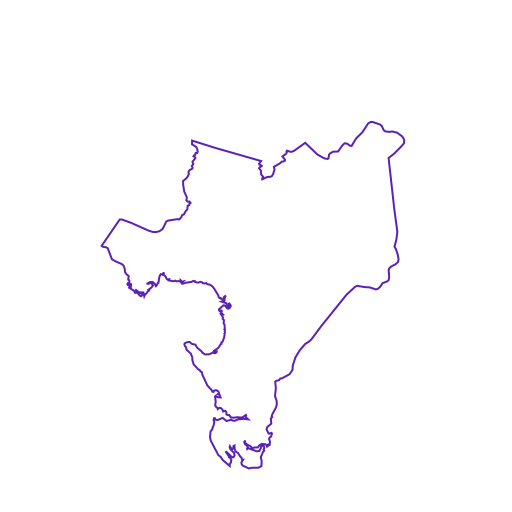 the district of Metuge, Cabo Delgado, Mozambique, rotated 127°
{"feature_id": "85939544B43724113746926", "entity_name": "Metuge", "entity_type": "district", "adm_level": 2, "iso_a3": "MOZ", "parent_name": "Mozambique", "parent_adm1": "Cabo Delgado", "projection": "albers", "projection_center": [40.398, -12.923], "detail": "fine", "context": "isolated", "style": "outline", "palette": "violet", "viewbox_px": 512, "rotation_deg": 127, "n_neighbors": 0, "source": "geoboundaries", "source_scale": "gbopen_adm2", "svg_char_len": 6149}
<svg xmlns="http://www.w3.org/2000/svg" viewBox="0 0 512 512"><g transform="rotate(127 256 256)"><path d="M202.3,376.5L205.3,374.3L204.9,369.7L205.5,367.9L207.8,365.3L209.1,365.0L210.0,366.2L212.0,365.4L213.2,366.1L214.0,365.9L213.7,364.7L214.2,363.3L218.9,363.5L220.5,361.3L222.7,361.5L223.6,359.8L224.4,359.4L227.7,360.8L229.5,360.5L230.9,359.0L232.8,358.5L235.7,358.3L240.0,359.4L242.9,357.1L247.8,352.0L250.7,346.6L253.6,345.0L253.7,343.1L252.5,341.9L253.0,340.2L254.3,340.6L255.6,340.0L257.1,340.8L260.1,338.9L262.4,339.2L266.0,338.6L267.9,339.6L270.0,339.0L273.0,339.3L273.9,341.0L280.4,347.3L282.3,348.4L290.7,346.8L294.5,348.1L297.3,350.5L299.0,353.1L300.5,357.5L304.7,375.7L307.5,384.9L308.9,386.8L340.8,385.4L340.8,383.8L339.3,381.0L339.0,379.1L345.3,369.1L344.9,365.4L343.2,358.3L343.4,356.0L345.1,353.3L347.7,350.9L348.4,349.0L348.7,345.5L351.8,343.8L351.7,342.5L353.5,341.1L354.2,341.1L354.8,342.0L356.0,341.7L356.3,340.6L355.6,339.6L353.9,339.4L353.7,338.8L356.0,337.3L357.2,338.4L357.7,338.3L357.2,332.8L358.2,330.4L357.2,329.3L356.0,329.7L355.3,332.3L355.4,327.4L352.8,324.0L355.4,321.0L353.2,321.5L351.9,320.9L349.7,321.2L348.4,320.6L347.7,320.7L347.7,321.6L344.5,320.6L341.5,320.5L341.2,321.8L340.2,323.2L340.9,324.0L343.0,325.1L343.5,326.0L343.6,326.9L342.7,325.6L340.7,325.1L339.0,323.1L339.1,320.2L340.3,317.7L339.8,317.6L336.6,318.2L336.1,317.8L331.1,320.5L328.7,321.1L327.6,321.0L327.2,319.4L324.5,319.8L326.7,318.2L326.7,316.3L328.1,313.2L328.1,312.6L326.8,311.4L328.0,311.0L325.7,306.5L324.2,305.6L324.1,304.3L322.6,302.7L322.0,301.0L320.7,301.8L321.0,299.6L320.2,298.9L322.4,299.3L322.7,298.7L322.2,297.8L319.6,296.0L315.5,291.9L313.7,291.2L313.4,290.1L312.8,289.8L313.3,288.8L312.9,287.7L312.1,286.2L310.2,285.0L309.4,283.0L309.7,281.9L308.9,280.5L307.6,279.5L307.8,277.8L306.6,275.5L306.5,272.5L307.2,269.8L310.1,262.5L311.3,261.1L311.5,259.7L310.7,259.0L311.3,258.1L310.6,256.2L309.1,255.8L308.8,256.7L307.9,256.9L305.7,256.3L307.8,256.0L310.7,254.3L313.2,256.1L311.5,251.2L313.2,248.4L313.2,247.2L312.8,247.0L311.5,247.6L309.7,249.5L310.7,246.4L311.6,245.9L313.4,245.8L314.9,246.5L315.1,247.5L314.2,251.1L314.9,252.3L320.9,253.5L321.8,252.5L321.8,251.1L321.5,250.7L320.5,251.0L320.3,250.6L321.0,249.9L323.4,249.6L323.6,249.2L322.5,248.8L322.6,246.9L323.9,247.4L325.0,245.4L326.2,244.9L326.5,243.0L329.2,241.4L329.9,239.7L332.8,237.2L333.7,237.0L333.7,236.3L335.1,235.6L335.8,234.6L337.0,234.5L337.9,233.6L340.9,232.2L344.7,231.1L345.7,231.7L346.9,230.7L347.6,231.1L352.2,230.8L357.0,232.4L357.8,231.1L356.0,229.9L356.5,229.6L358.0,229.9L358.8,231.0L358.8,232.4L360.4,232.9L362.8,234.4L365.3,237.5L365.5,240.8L364.9,241.9L364.7,247.6L363.3,251.1L364.8,254.3L364.6,257.3L366.4,259.2L368.5,260.3L369.5,260.2L370.8,258.4L370.9,257.1L372.6,255.2L373.2,249.3L375.4,245.8L377.4,244.2L380.0,240.7L381.2,234.3L381.1,231.8L381.6,230.8L381.3,229.3L383.1,227.4L388.7,216.8L389.8,210.7L390.6,209.3L390.2,208.1L388.9,208.5L387.2,207.2L386.8,205.4L387.1,203.9L388.0,202.9L389.4,203.3L388.8,201.5L390.3,199.2L392.0,202.0L391.9,204.0L392.8,204.2L396.7,200.4L399.7,198.9L400.5,197.2L400.5,195.5L401.3,194.4L399.3,193.9L398.6,192.5L398.8,190.5L400.0,188.7L398.2,187.6L398.4,185.9L400.3,184.2L400.2,183.1L399.1,181.6L400.1,179.0L398.6,176.5L395.8,173.7L394.1,170.8L392.7,169.5L389.0,168.4L389.2,168.0L390.6,168.2L391.2,163.9L393.6,168.1L396.1,170.6L396.4,171.5L400.6,173.9L401.5,175.7L401.7,177.2L405.5,180.2L405.4,185.2L410.2,188.0L411.2,190.2L410.3,191.3L410.9,191.9L412.5,191.2L413.7,189.4L416.5,188.0L419.0,187.5L420.2,186.7L423.4,186.7L428.3,183.8L430.7,181.0L437.7,166.2L437.7,163.4L439.0,159.5L439.5,150.6L438.0,151.8L436.0,151.8L433.3,153.3L432.8,154.9L433.0,156.5L431.8,157.0L431.9,158.2L430.7,161.9L430.2,161.7L431.0,155.3L430.8,153.4L430.3,152.9L428.3,153.0L426.5,154.9L425.7,160.2L424.3,162.2L423.6,162.4L424.5,160.6L424.1,158.6L422.9,158.5L421.4,159.6L420.3,159.1L422.8,157.1L424.4,154.7L424.1,151.9L425.6,148.0L425.9,145.9L427.3,144.4L426.6,143.7L429.7,143.4L430.9,142.2L431.4,140.4L429.9,133.7L427.8,132.1L423.7,126.7L420.5,125.2L416.2,128.2L413.8,131.1L408.2,132.5L406.6,132.3L406.2,133.3L404.8,133.6L403.2,135.1L403.1,136.0L404.0,136.9L405.4,137.2L406.5,136.5L409.7,136.0L411.6,138.0L414.0,146.0L414.6,146.6L415.5,146.8L415.1,147.3L413.8,147.1L413.6,148.0L412.6,149.2L413.0,151.2L411.7,153.4L410.0,153.8L411.9,152.1L411.8,148.3L411.2,146.6L411.6,143.1L410.1,142.2L407.7,139.3L405.1,139.4L402.6,138.3L400.7,135.2L400.7,134.0L401.6,132.4L400.3,132.1L399.6,133.0L399.1,132.7L399.2,131.7L398.7,131.4L396.0,132.9L394.2,135.6L392.7,135.8L390.9,135.3L388.1,136.5L388.1,137.5L389.7,138.3L390.2,139.1L388.1,143.2L385.9,144.1L380.7,142.9L376.8,146.4L374.9,146.1L374.6,147.0L372.7,147.7L365.4,148.8L362.4,149.8L359.2,152.4L356.5,156.5L349.7,160.5L344.9,165.0L343.7,164.8L341.3,162.9L339.3,162.9L338.2,161.7L330.3,158.1L325.0,158.3L321.3,160.7L313.2,163.5L305.1,164.3L296.7,163.8L292.5,162.2L289.3,161.6L272.9,161.7L232.3,160.4L220.8,158.3L219.0,157.3L215.6,150.8L212.6,146.2L210.6,140.3L209.2,139.0L205.9,138.3L201.5,138.6L197.5,136.0L195.4,135.6L192.7,136.9L187.4,141.6L185.3,142.2L182.8,141.6L178.4,139.5L175.1,139.0L172.8,140.2L170.0,143.1L166.3,148.3L165.2,151.0L158.4,153.8L151.7,157.6L134.8,174.3L97.9,209.1L91.4,207.3L80.1,205.8L76.8,205.7L74.7,207.0L73.3,208.9L72.5,211.4L72.6,217.6L74.6,222.2L76.5,224.0L78.6,227.6L78.7,229.6L76.5,233.7L76.3,236.1L78.8,243.5L80.0,245.1L82.5,246.2L93.2,245.5L101.8,246.8L110.5,245.9L111.3,247.0L111.5,251.0L112.7,253.1L115.9,253.6L123.1,253.3L126.4,257.3L129.9,258.7L131.2,258.6L134.4,256.9L135.3,257.1L136.9,260.1L138.0,267.9L136.0,284.8L149.5,289.0L151.9,290.8L153.3,294.7L154.1,294.6L154.8,293.7L156.2,293.5L160.6,294.8L161.6,290.9L162.5,290.3L163.9,290.9L165.3,292.3L167.8,292.7L174.0,295.4L175.6,293.4L180.3,291.6L182.5,291.4L184.0,292.1L186.2,294.6L191.0,297.1L190.4,297.7L188.4,297.9L187.8,301.0L184.9,303.3L184.1,306.3L182.9,306.5L180.9,305.5L180.4,305.8L181.0,308.2L180.4,309.1L177.1,309.1L194.0,353.1L202.3,376.5ZM357.0,323.4L355.2,323.3L354.4,324.6L356.0,327.2L355.7,328.8L356.5,328.5L357.2,327.0L357.5,324.2L357.0,323.4Z" fill="none" stroke="#5b21b6" stroke-width="2"/></g></svg>